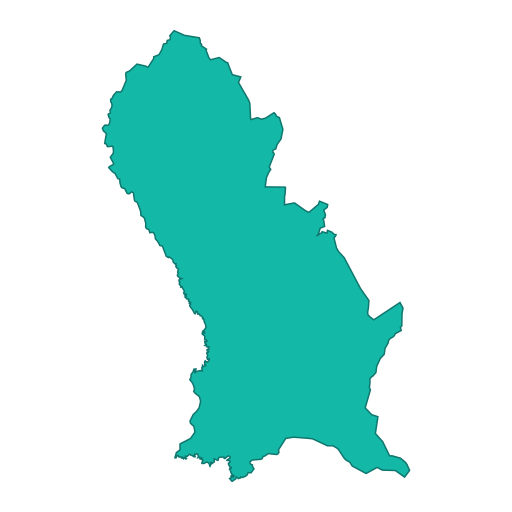 Virgas pag., Priekules, Latvia
{"feature_id": "27541924B44819307732268", "entity_name": "Virgas pag.", "entity_type": "district", "adm_level": 2, "iso_a3": "LVA", "parent_name": "Latvia", "parent_adm1": "Priekules", "projection": "albers", "projection_center": [21.451, 56.438], "detail": "fine", "context": "isolated", "style": "filled", "palette": "teal", "viewbox_px": 512, "rotation_deg": 0, "n_neighbors": 0, "source": "geoboundaries", "source_scale": "gbopen_adm2", "svg_char_len": 6086}
<svg xmlns="http://www.w3.org/2000/svg" viewBox="0 0 512 512"><path d="M376.7,366.3L380.3,358.5L384.2,354.3L385.0,348.5L388.3,342.7L388.4,341.0L389.7,338.9L393.6,336.5L395.5,333.5L401.2,330.5L400.4,327.3L401.8,325.9L402.0,313.9L403.0,308.1L400.0,302.5L373.8,319.8L369.9,316.8L368.0,314.9L367.6,312.3L368.4,307.8L368.9,300.5L360.6,288.7L344.2,257.7L338.6,251.6L336.5,248.0L334.0,238.0L335.8,235.6L336.0,234.6L334.3,234.5L331.8,232.1L327.5,230.4L326.9,233.1L322.1,231.7L321.8,232.9L319.5,233.7L318.4,235.1L317.3,235.4L318.6,233.2L320.2,228.2L324.6,226.4L323.7,220.3L322.9,219.0L325.1,217.5L324.9,217.0L325.5,215.1L323.8,210.0L327.2,207.4L327.7,204.5L319.5,201.2L318.4,204.4L308.9,212.4L305.3,210.6L294.5,202.9L284.5,204.8L284.6,195.8L285.0,194.8L285.5,187.6L285.1,187.1L265.2,186.9L266.5,177.4L269.0,172.0L270.7,169.4L269.3,167.3L269.3,166.8L274.2,154.2L273.9,153.2L272.8,152.4L272.9,150.7L273.4,149.9L275.8,148.9L277.0,144.7L281.0,139.0L282.9,129.4L279.4,117.6L276.4,116.2L275.6,114.2L274.0,112.7L265.6,118.1L261.6,119.2L257.4,117.7L250.9,119.6L250.6,119.0L249.8,103.3L248.6,100.1L238.5,82.5L240.8,76.9L232.3,74.7L227.7,63.0L228.4,63.0L226.2,62.3L219.2,57.5L210.4,59.8L208.8,57.5L205.9,49.9L206.5,49.2L201.4,45.8L201.6,45.0L201.5,44.2L200.3,43.1L200.2,40.0L199.7,39.3L199.4,37.8L184.3,35.3L174.1,30.7L169.8,35.7L170.5,37.6L170.0,39.7L167.3,40.4L166.9,41.3L167.2,42.6L166.7,43.3L163.5,44.0L161.9,49.5L159.0,54.7L153.7,56.8L153.7,58.6L148.3,66.9L147.7,67.2L145.6,66.1L137.0,64.1L129.6,70.9L126.1,72.5L125.7,74.4L126.3,80.3L122.0,90.6L120.7,92.0L116.6,91.8L113.4,95.4L112.0,98.5L110.7,99.2L110.7,101.8L111.4,102.5L112.1,105.4L111.3,108.3L109.9,110.2L110.3,111.7L110.3,113.0L108.1,114.2L108.8,117.1L110.1,119.0L109.9,121.8L109.0,124.5L107.8,125.5L106.0,125.0L104.6,125.3L102.4,128.2L103.4,130.9L105.5,132.7L106.5,134.5L105.9,136.0L104.7,143.5L106.5,144.1L107.2,146.3L107.7,146.7L112.3,146.2L113.3,147.5L113.1,147.9L113.5,151.4L113.2,153.3L110.3,157.3L113.7,163.7L113.4,164.4L109.6,166.5L108.7,167.6L112.4,171.7L115.1,173.5L117.8,178.6L119.7,179.2L120.0,183.0L121.1,186.8L122.2,187.9L124.6,188.5L127.2,193.5L129.3,193.8L131.6,191.8L133.4,192.9L134.5,200.4L135.3,201.5L136.6,201.8L137.6,203.1L140.6,211.2L140.9,215.5L143.3,216.9L144.5,218.4L145.8,223.6L145.6,226.6L145.9,227.8L147.1,229.0L148.7,229.3L149.9,232.8L152.3,232.2L154.1,233.4L155.1,236.3L155.4,238.9L157.3,240.9L159.2,244.0L159.7,245.4L162.4,246.1L166.3,256.3L168.5,257.6L169.2,256.9L171.7,258.7L173.1,260.4L173.1,261.9L174.7,263.6L176.0,263.8L175.6,264.6L176.5,265.6L175.8,266.4L176.0,266.8L176.8,267.9L178.4,268.9L177.6,272.2L178.3,273.2L177.4,274.9L177.5,275.9L179.8,278.1L181.7,278.6L179.1,279.8L178.9,280.9L179.9,282.2L179.3,283.1L179.3,284.2L180.8,286.1L180.7,287.1L182.2,286.9L182.1,287.4L184.1,290.6L184.4,291.8L183.6,292.5L184.5,294.7L184.9,295.1L185.7,294.2L186.4,294.3L185.9,295.7L186.3,296.6L185.0,297.0L186.9,299.0L188.3,298.9L188.9,299.8L188.5,300.3L188.6,301.5L190.5,302.4L189.4,303.5L190.6,304.1L189.8,305.1L189.8,306.1L192.9,310.3L194.6,313.6L195.3,313.7L196.2,311.2L197.3,311.6L197.7,314.1L199.6,314.2L200.1,315.7L201.3,315.9L203.1,318.1L202.6,318.7L203.8,319.4L204.2,321.8L205.4,324.3L206.0,326.7L205.8,327.6L204.6,329.6L203.0,331.0L204.3,331.4L204.7,333.0L203.9,333.1L202.8,332.2L202.1,333.2L202.5,334.4L204.3,335.4L204.8,337.1L204.6,339.2L204.9,339.8L206.4,339.9L207.0,340.9L206.7,341.6L204.7,341.5L205.1,343.4L206.3,344.4L204.9,345.4L206.8,346.0L207.1,347.1L208.9,346.8L208.9,348.9L208.6,349.4L207.7,349.2L206.9,350.0L208.3,351.1L208.5,351.6L208.3,352.2L207.2,352.1L206.7,353.1L207.7,355.5L206.8,357.5L207.5,358.3L207.3,359.1L207.5,359.4L209.2,358.9L208.9,360.8L207.4,362.3L206.6,361.7L205.7,361.9L205.4,360.9L205.0,361.0L204.5,362.4L204.9,364.1L204.5,364.5L205.6,365.5L203.5,366.7L202.5,365.5L202.4,367.0L201.7,367.9L202.3,370.2L202.4,370.9L202.1,371.1L200.7,370.5L196.8,371.4L195.0,372.5L194.6,371.1L195.7,370.3L196.0,369.0L194.0,369.1L192.9,372.2L191.2,374.1L190.9,377.7L189.8,379.7L192.0,382.3L193.2,384.6L194.5,388.8L193.7,391.5L195.5,393.6L199.3,396.5L200.4,400.3L200.5,401.9L199.1,407.8L196.3,411.7L193.3,414.4L190.0,421.0L190.5,423.3L193.9,426.4L194.8,431.1L194.7,432.5L190.5,438.5L180.0,443.9L180.0,449.8L176.4,452.6L174.9,457.8L176.0,457.9L176.7,456.0L177.4,455.6L178.4,455.8L178.4,456.5L179.2,457.1L181.0,456.8L181.2,457.8L181.9,458.2L182.5,458.2L182.8,457.3L183.4,457.6L183.7,458.7L184.7,457.7L185.8,459.0L186.5,458.6L185.3,457.1L185.4,456.2L187.0,456.4L189.8,454.2L191.1,455.3L192.9,455.7L193.2,456.5L195.0,456.9L195.2,456.3L194.9,455.7L194.1,455.7L194.6,454.1L197.8,454.1L198.4,456.8L197.9,457.7L199.7,457.2L200.0,458.7L201.7,457.8L202.1,458.4L201.2,459.3L203.1,460.3L201.8,462.8L201.9,463.4L203.9,463.5L206.8,462.0L208.5,462.9L209.6,464.6L209.6,465.7L210.0,466.3L211.0,464.1L210.6,462.4L211.6,462.4L212.1,463.5L214.4,461.8L213.9,459.1L214.1,458.8L217.7,460.4L218.3,460.0L218.2,458.7L218.6,457.9L219.8,457.2L223.4,457.1L224.4,457.4L224.1,458.2L224.9,458.6L227.7,456.1L228.8,456.0L230.1,456.9L229.9,458.4L227.4,459.6L227.0,460.4L228.7,460.5L230.1,461.3L230.0,462.2L228.4,463.3L228.5,464.3L229.9,467.0L231.3,467.4L231.1,468.4L229.8,468.6L229.5,469.2L230.0,469.6L231.2,473.2L232.6,475.0L234.1,475.9L233.1,477.1L231.4,475.7L231.0,476.1L231.3,477.7L229.6,478.5L231.8,481.2L232.3,481.3L235.9,478.7L236.0,477.3L237.5,477.5L238.2,478.6L240.5,477.9L240.7,477.0L242.3,477.5L245.2,476.4L247.1,475.0L248.1,472.7L251.0,472.8L254.0,468.9L252.5,466.5L252.4,464.9L250.4,464.0L249.9,462.8L250.0,461.7L252.4,460.0L261.0,459.3L262.3,458.4L263.0,456.5L264.6,456.1L268.4,453.6L276.6,454.5L277.9,453.9L278.9,452.4L278.6,449.6L285.8,438.4L293.4,437.2L306.9,438.2L312.5,438.8L327.5,445.8L332.8,445.8L335.8,447.4L338.1,449.0L344.4,458.5L346.2,460.2L349.8,462.2L352.2,466.0L366.1,473.5L377.2,467.4L382.2,470.1L395.3,470.5L404.6,477.1L409.6,470.4L407.0,464.6L405.5,462.4L400.5,458.2L392.1,455.8L389.6,455.9L382.7,441.7L375.4,433.5L377.9,416.7L371.7,414.7L365.2,407.9L370.4,389.7L369.4,387.7L370.0,382.0L369.8,379.2L371.1,377.2L372.8,376.1L375.9,372.6L376.7,366.3Z" fill="#14b8a6" stroke="#0f766e" stroke-width="1.5"/></svg>